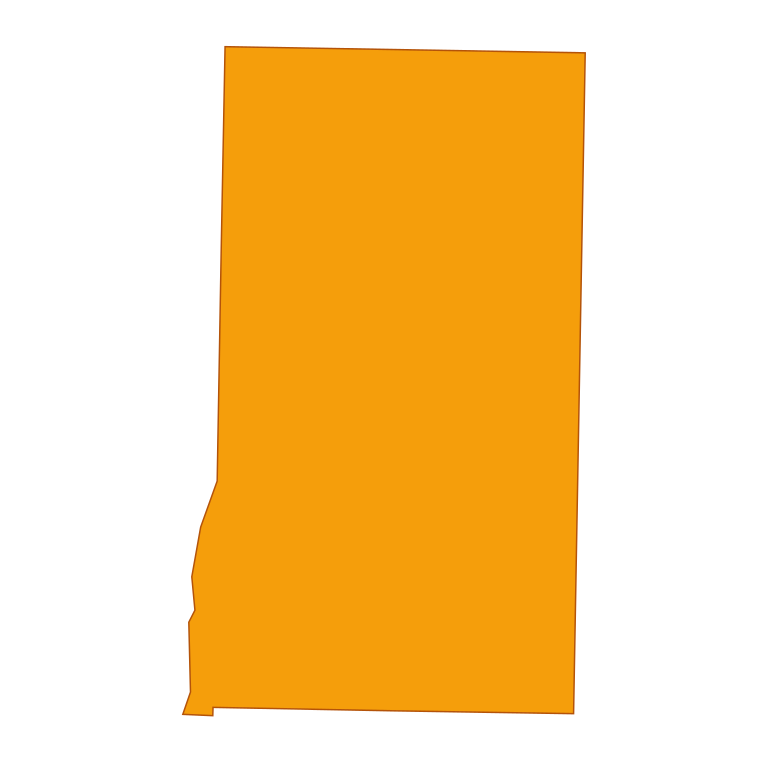 Dawson, Nebraska, United States of America (Natural Earth projection), rotated 91°
{"feature_id": "52423323B42382477020436", "entity_name": "Dawson", "entity_type": "district", "adm_level": 2, "iso_a3": "USA", "parent_name": "United States of America", "parent_adm1": "Nebraska", "projection": "natural_earth1", "projection_center": [-99.68, 40.859], "detail": "fine", "context": "isolated", "style": "filled", "palette": "amber", "viewbox_px": 768, "rotation_deg": 91, "n_neighbors": 0, "source": "geoboundaries", "source_scale": "gbopen_adm2", "svg_char_len": 347}
<svg xmlns="http://www.w3.org/2000/svg" viewBox="0 0 768 768"><g transform="rotate(91 384 384)"><path d="M49.5,548.8L249.8,549.1L484.0,549.1L530.3,564.8L580.1,572.8L613.5,569.1L625.6,575.0L695.4,572.1L717.8,579.4L718.6,549.4L710.3,549.3L710.6,369.6L710.3,188.7L49.4,188.6L49.5,548.8Z" fill="#f59e0b" stroke="#b45309" stroke-width="1.5"/></g></svg>